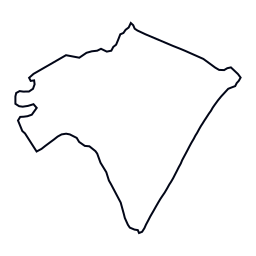 the district of Piaçabuçu, Alagoas, Brazil
{"feature_id": "56859067B23765028876070", "entity_name": "Piaçabuçu", "entity_type": "district", "adm_level": 2, "iso_a3": "BRA", "parent_name": "Brazil", "parent_adm1": "Alagoas", "projection": "mercator", "projection_center": [-36.4, -10.401], "detail": "fine", "context": "isolated", "style": "outline", "palette": "ink", "viewbox_px": 256, "rotation_deg": 0, "n_neighbors": 0, "source": "geoboundaries", "source_scale": "gbopen_adm2", "svg_char_len": 1591}
<svg xmlns="http://www.w3.org/2000/svg" viewBox="0 0 256 256"><path d="M137.4,30.5L134.7,28.7L133.2,25.2L130.8,23.0L128.7,27.5L125.6,29.8L123.4,33.0L120.3,34.3L118.2,39.7L116.1,44.7L113.3,46.9L111.3,50.7L106.8,51.6L101.0,48.8L97.2,50.7L91.8,51.3L86.5,52.8L79.3,57.7L66.0,55.2L33.5,73.9L29.1,77.8L30.7,80.9L34.1,80.4L34.6,84.3L33.0,88.8L29.0,91.5L23.2,91.6L19.6,91.1L16.2,93.0L15.4,96.4L15.4,103.8L19.1,106.2L22.7,106.7L28.0,105.9L33.5,104.2L36.7,107.9L31.8,114.7L27.5,116.2L23.8,116.7L20.2,116.9L18.0,120.5L22.3,131.0L25.0,133.4L36.6,151.5L41.5,148.9L45.3,145.9L50.4,142.1L53.8,139.6L57.6,136.6L61.6,134.4L66.1,133.7L69.8,134.4L76.7,137.9L79.1,141.9L84.8,145.9L89.4,146.3L95.4,151.1L97.2,153.6L100.5,162.7L106.3,172.2L108.9,180.5L111.0,184.2L120.7,202.6L123.8,213.9L124.8,217.9L127.9,224.8L129.8,227.6L134.5,229.6L137.8,230.1L139.0,233.0L142.1,231.8L144.4,228.2L146.0,224.6L148.3,220.3L150.3,216.4L153.6,210.7L155.9,206.6L158.2,202.6L160.4,198.9L162.6,195.6L164.6,192.7L167.2,188.3L169.3,184.5L171.0,181.9L173.1,178.3L175.3,174.0L176.9,170.9L178.7,167.3L180.8,163.5L182.2,160.1L183.7,157.3L185.8,153.4L187.8,149.6L189.4,146.5L191.5,142.6L193.7,138.9L195.4,135.6L197.1,132.9L199.1,129.2L200.8,126.2L202.5,123.6L204.3,120.7L206.6,117.2L209.0,113.5L210.9,110.9L212.7,107.7L214.5,105.1L218.0,100.3L221.2,96.4L223.7,93.7L225.9,91.3L228.2,88.8L231.7,87.4L235.2,86.1L236.7,83.1L238.8,80.8L240.6,77.6L238.0,74.1L234.1,70.4L230.9,67.4L227.3,68.2L224.1,70.1L219.1,69.9L215.2,67.6L203.3,58.9L184.8,50.7L180.5,48.9L172.9,45.9L145.5,34.3L137.4,30.5Z" fill="none" stroke="#020617" stroke-width="2"/></svg>